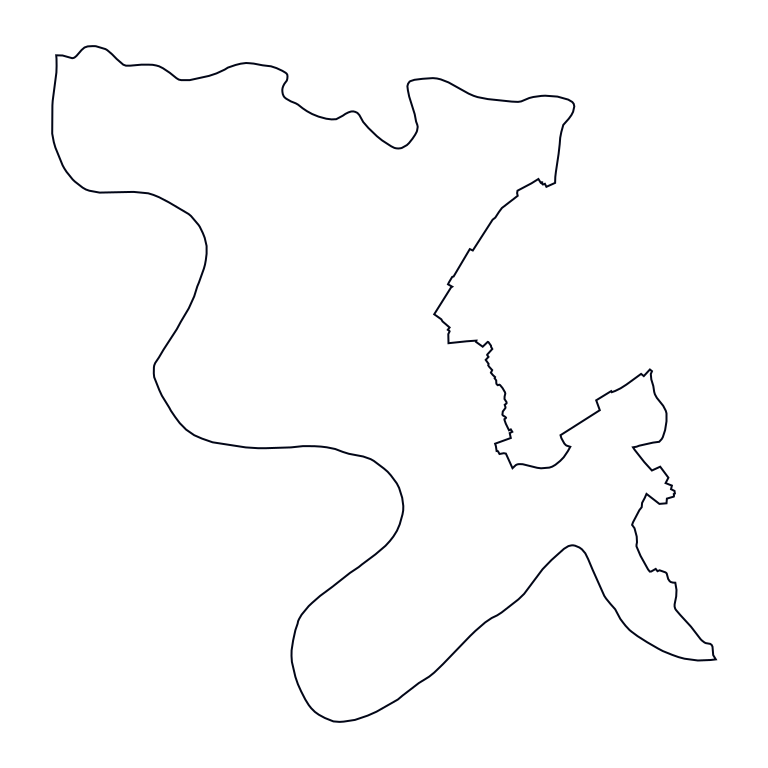 Vu Thu, Thái Bình, Vietnam (Mercator projection)
{"feature_id": "81297802B99897160628736", "entity_name": "Vu Thu", "entity_type": "district", "adm_level": 2, "iso_a3": "VNM", "parent_name": "Vietnam", "parent_adm1": "Thái Bình", "projection": "mercator", "projection_center": [106.301, 20.424], "detail": "fine", "context": "isolated", "style": "outline", "palette": "ink", "viewbox_px": 768, "rotation_deg": 0, "n_neighbors": 0, "source": "geoboundaries", "source_scale": "gbopen_adm2", "svg_char_len": 6003}
<svg xmlns="http://www.w3.org/2000/svg" viewBox="0 0 768 768"><path d="M240.7,63.7L235.5,65.0L227.9,67.6L224.7,69.6L216.5,73.4L209.0,75.9L189.8,80.1L181.1,80.1L178.8,79.6L176.5,78.2L169.8,72.8L162.9,68.2L159.1,66.3L156.3,65.5L152.6,64.8L149.5,64.7L141.1,64.7L129.8,65.7L126.0,65.7L124.7,65.2L123.3,64.7L116.8,59.1L112.1,54.3L107.3,50.2L105.5,49.1L95.8,46.2L92.9,46.1L87.7,46.4L84.5,47.5L81.6,50.0L76.5,55.9L74.7,57.4L73.7,57.9L72.2,58.2L62.6,55.5L56.2,55.3L56.5,58.6L56.6,66.0L56.4,72.5L52.7,100.8L52.4,105.4L52.2,133.6L53.8,142.1L55.4,147.6L62.6,165.3L64.3,168.4L66.5,171.8L72.7,179.5L74.9,181.6L82.6,187.6L85.9,189.5L89.3,190.7L99.6,192.6L133.6,191.9L148.2,193.3L153.4,194.9L158.8,197.1L168.8,202.3L188.6,214.0L191.0,216.0L198.6,225.0L199.8,226.8L202.9,233.2L204.7,237.8L206.6,246.0L206.6,253.8L205.8,260.2L205.0,264.6L203.9,268.6L198.9,282.6L197.3,286.4L194.2,296.4L188.8,308.3L180.8,321.8L176.8,329.2L163.5,349.7L158.9,357.5L155.2,363.0L154.2,365.5L153.9,367.5L153.8,373.5L154.2,377.2L159.3,390.1L161.9,395.7L169.3,407.7L170.9,410.7L175.1,416.9L179.8,423.2L181.7,425.1L186.1,429.6L194.2,435.2L202.0,438.6L212.6,442.3L245.7,447.4L258.1,448.2L265.7,448.2L290.9,447.4L303.2,446.1L314.4,446.2L321.0,446.6L326.8,447.3L335.2,449.0L342.8,451.9L348.9,453.8L363.2,456.5L370.6,459.1L373.8,460.9L383.9,468.5L387.6,471.7L390.9,475.4L396.8,483.4L399.1,487.9L402.2,497.8L403.3,506.0L403.2,510.4L402.5,514.4L399.7,524.4L397.0,530.7L393.4,536.5L389.8,541.1L385.5,545.8L375.4,554.4L362.0,564.4L358.7,567.1L350.0,572.9L332.1,587.0L320.1,595.9L312.1,602.9L308.7,606.1L301.6,614.7L299.1,619.0L298.1,621.2L297.6,623.7L295.4,630.1L293.1,640.6L291.6,650.3L291.5,655.9L291.9,661.9L295.4,676.9L297.9,684.2L301.1,691.3L305.3,699.5L308.7,705.0L311.2,708.2L314.9,711.9L318.8,714.7L324.9,718.0L333.4,721.4L339.6,721.9L343.8,721.6L355.0,719.9L367.7,715.6L376.5,711.7L397.9,699.5L402.4,695.7L418.9,683.0L429.1,676.7L434.2,672.6L443.1,664.0L470.2,635.9L475.4,630.9L485.2,622.4L491.7,618.0L497.1,615.4L501.6,612.5L518.4,599.4L524.1,593.9L542.6,569.2L551.4,560.1L564.0,548.8L568.4,546.1L571.3,545.4L573.0,545.3L575.1,545.7L579.4,547.5L581.9,549.3L585.3,553.3L588.2,559.2L592.6,569.7L604.3,595.9L606.1,598.6L610.5,604.0L615.2,609.3L620.3,618.9L623.0,622.5L625.5,625.7L629.5,630.0L631.7,631.8L637.5,636.1L647.1,642.2L658.0,648.5L662.9,651.1L672.3,654.9L678.5,657.1L684.5,658.7L697.9,660.5L710.6,660.0L715.8,659.4L713.2,655.1L712.5,646.7L711.7,645.0L710.3,643.9L705.8,643.1L704.5,642.5L701.9,640.5L700.6,639.2L691.0,626.7L680.1,614.8L676.0,610.0L675.2,608.7L674.6,606.6L674.6,604.4L676.2,596.4L676.5,589.9L675.3,582.7L672.9,582.6L670.7,582.0L669.6,581.1L668.2,579.0L666.7,573.5L666.1,572.8L665.3,572.3L659.6,570.3L657.5,571.2L655.7,568.9L651.2,571.5L649.8,571.6L648.1,569.5L640.5,555.8L636.5,546.4L636.5,544.8L637.0,542.3L636.7,536.5L634.5,528.2L632.1,524.9L633.0,522.3L639.4,510.1L641.7,507.2L642.1,502.9L644.8,497.8L646.5,493.9L659.4,503.9L666.5,503.3L666.9,498.6L673.8,496.6L674.0,495.9L673.8,494.0L674.9,493.5L674.5,490.9L671.0,489.2L671.9,485.6L665.6,483.1L668.4,477.7L660.2,466.7L651.9,470.5L644.3,462.1L634.7,449.9L633.0,447.3L636.6,446.7L639.2,445.7L653.1,442.6L659.2,441.8L661.7,439.1L662.8,437.2L665.1,430.1L666.5,421.3L666.5,413.4L665.8,410.8L663.2,405.8L656.8,397.8L654.9,394.3L654.2,391.9L653.3,386.0L651.3,379.4L650.8,374.0L652.0,371.2L649.9,369.5L643.8,376.1L641.1,373.9L626.4,384.6L620.6,388.3L615.1,391.0L611.8,392.2L611.2,391.1L596.2,400.3L599.8,410.2L560.5,435.2L561.4,438.2L564.3,443.5L565.8,445.1L566.6,445.6L570.3,446.8L567.9,451.1L563.7,457.3L560.2,460.9L555.4,464.8L552.3,466.6L549.4,467.6L541.1,468.3L537.2,467.8L522.6,464.2L519.0,464.1L517.3,464.4L515.8,465.1L512.5,468.2L505.9,453.6L503.8,453.2L499.5,454.0L498.0,451.3L497.2,450.9L496.6,451.0L495.9,446.2L495.1,443.7L510.8,438.0L509.7,433.1L512.3,431.8L510.8,429.4L509.0,430.3L505.8,423.7L504.6,420.3L504.4,419.2L505.8,418.2L506.0,417.7L505.3,416.9L502.9,415.4L502.4,414.7L502.8,411.5L505.4,408.0L505.5,407.2L504.7,404.8L506.5,403.4L506.6,403.1L506.5,402.1L504.5,399.0L504.6,396.5L505.3,393.6L505.0,392.3L502.5,388.0L500.1,385.1L499.3,384.7L497.8,385.2L496.7,384.3L496.3,383.2L496.2,380.4L494.6,378.2L495.1,377.1L492.9,375.1L490.9,372.7L492.2,370.1L489.1,366.7L488.2,365.3L488.6,363.9L485.7,359.9L488.5,356.9L487.2,355.1L487.2,354.6L492.3,349.0L491.1,346.9L491.0,345.7L488.4,342.1L487.7,341.9L482.7,346.7L476.0,341.9L476.4,340.6L466.6,341.3L448.5,343.2L448.3,334.1L449.6,331.4L449.4,330.9L447.8,329.8L449.6,327.5L442.5,321.4L441.3,319.3L434.2,314.3L451.0,287.5L452.2,286.7L448.0,284.3L449.1,282.1L452.2,276.9L453.6,276.5L469.8,249.1L472.8,250.5L492.6,219.7L495.3,217.6L499.0,211.9L501.9,208.0L517.7,195.8L517.1,193.1L517.5,190.7L531.5,183.3L538.4,179.0L540.7,182.7L541.8,182.2L542.2,182.3L542.2,182.8L541.7,183.3L542.9,184.5L544.9,183.8L546.4,186.8L555.1,182.9L555.3,176.9L555.9,171.9L558.6,153.9L559.7,144.2L560.2,137.8L561.3,132.1L563.3,124.9L568.8,118.7L571.4,115.1L573.1,111.8L574.3,106.4L573.7,103.8L572.3,102.0L568.2,99.6L557.5,96.6L545.1,95.7L541.4,95.9L533.3,97.0L529.3,98.0L521.2,101.4L518.0,101.9L511.8,101.6L487.9,99.1L477.6,97.1L473.6,95.8L468.6,93.6L448.5,82.4L440.8,79.4L437.0,78.5L432.9,78.1L422.6,78.8L414.5,79.8L410.5,81.1L409.6,81.6L408.1,83.7L407.4,86.2L407.9,90.3L409.2,96.6L414.7,114.2L416.1,121.6L417.3,124.9L417.7,126.9L417.1,130.5L416.7,131.8L415.1,134.8L412.5,138.7L409.0,143.1L406.9,145.1L402.1,147.8L400.9,148.2L398.4,148.5L396.1,148.3L394.4,147.9L391.2,146.3L382.1,140.4L376.9,136.2L368.4,128.0L363.2,122.0L359.4,115.1L357.4,112.9L355.3,111.9L353.3,111.4L351.1,111.5L348.4,112.4L345.4,113.9L342.8,115.7L336.2,119.2L331.6,119.4L326.2,118.7L318.5,116.6L312.1,114.0L307.0,111.2L302.7,108.3L298.0,104.6L295.7,103.3L290.9,101.4L286.2,98.7L284.5,97.3L283.6,96.0L282.8,94.1L282.4,91.8L282.3,89.8L282.6,87.9L283.3,85.9L284.4,83.8L286.8,80.6L287.3,78.8L287.5,76.5L287.3,74.8L286.6,73.6L285.5,72.7L282.3,70.8L276.5,68.1L271.0,66.3L262.6,65.3L253.7,63.6L249.2,63.2L246.1,63.0L240.7,63.7Z" fill="none" stroke="#020617" stroke-width="2"/></svg>